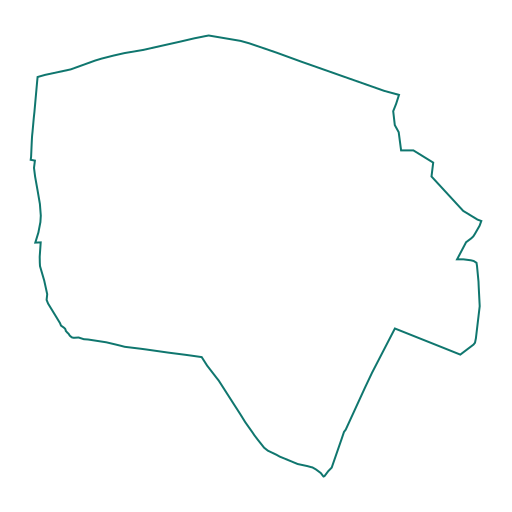 Santa Lucía, San Juan, Argentina (Mercator projection)
{"feature_id": "61730980B73949498906302", "entity_name": "Santa Lucía", "entity_type": "district", "adm_level": 2, "iso_a3": "ARG", "parent_name": "Argentina", "parent_adm1": "San Juan", "projection": "mercator", "projection_center": [-68.469, -31.538], "detail": "fine", "context": "isolated", "style": "outline", "palette": "teal", "viewbox_px": 512, "rotation_deg": 0, "n_neighbors": 0, "source": "geoboundaries", "source_scale": "gbopen_adm2", "svg_char_len": 1884}
<svg xmlns="http://www.w3.org/2000/svg" viewBox="0 0 512 512"><path d="M323.5,476.5L324.1,476.3L324.5,476.1L327.3,472.4L328.2,471.2L331.7,467.6L338.0,449.4L341.4,439.6L344.0,431.9L345.7,429.7L365.0,387.6L372.1,372.6L394.9,328.5L442.3,347.4L460.3,354.6L473.5,344.6L475.0,342.7L475.9,338.3L479.7,306.2L478.7,286.6L478.5,281.7L477.0,265.9L476.8,264.7L476.5,262.8L473.7,261.0L470.9,260.3L463.2,259.3L457.1,259.3L466.1,242.2L471.3,238.3L473.3,236.4L474.9,233.9L479.6,225.7L481.3,221.0L477.5,219.6L463.2,210.9L431.5,176.5L433.2,162.6L413.4,150.4L401.1,150.4L398.7,132.2L394.8,125.1L393.2,111.2L396.1,103.9L399.0,94.9L384.3,90.9L312.2,65.5L302.2,62.0L276.7,52.7L249.2,43.3L240.6,40.9L208.7,35.5L204.9,36.2L202.0,36.8L194.4,38.3L180.3,41.6L162.4,45.6L142.8,50.0L124.4,53.1L114.3,55.4L114.2,55.4L101.6,58.6L95.3,60.5L70.7,69.4L45.0,74.9L37.6,77.0L37.3,79.9L36.8,85.4L34.4,112.2L33.8,117.7L32.5,132.0L32.1,135.8L31.9,139.0L31.6,145.2L31.1,156.7L30.7,159.8L34.9,160.6L34.0,167.9L35.1,176.6L37.6,190.6L39.9,204.0L40.8,215.7L40.4,222.1L38.4,232.5L35.3,242.6L40.7,242.4L39.7,256.8L39.8,262.5L40.0,266.1L40.4,267.5L44.2,280.5L46.0,288.7L47.2,294.2L47.2,294.3L46.6,299.9L48.1,303.6L53.6,312.6L60.0,323.1L60.6,324.6L61.0,325.6L63.7,327.5L64.2,327.9L65.2,328.9L65.7,330.3L65.8,330.9L66.0,331.1L67.3,332.6L68.6,333.8L69.6,335.4L70.0,335.9L70.2,336.0L71.7,337.3L72.3,337.5L73.8,337.8L78.6,337.5L83.8,339.2L88.1,339.5L106.3,342.3L115.6,344.5L120.5,345.7L124.7,346.8L141.2,348.8L146.4,349.5L168.2,352.6L176.0,353.6L185.4,354.8L191.9,355.7L201.7,357.1L207.1,365.6L215.9,377.0L218.8,380.7L233.4,403.5L240.3,414.2L245.0,421.8L245.6,422.7L252.4,432.3L254.4,435.3L257.0,438.7L257.2,439.0L264.1,447.7L267.9,450.7L276.7,454.9L279.7,456.6L290.4,461.0L297.6,464.0L307.4,466.1L311.4,467.2L312.4,467.4L315.9,469.4L320.6,472.9L320.9,473.2L322.9,475.8L323.5,476.5Z" fill="none" stroke="#0f766e" stroke-width="2"/></svg>